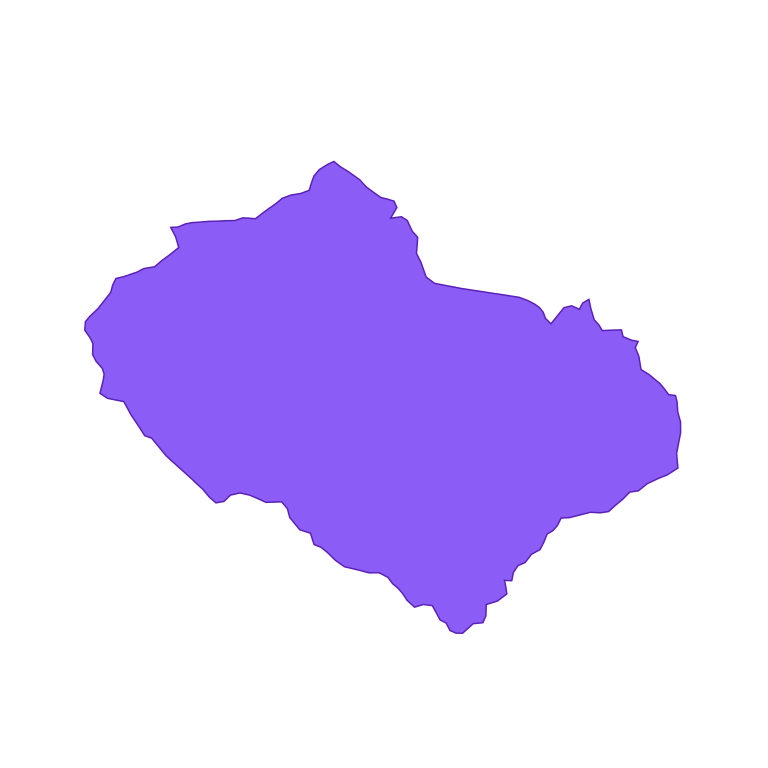 outline of Cristais Paulista, São Paulo, Brazil, rotated 48°
{"feature_id": "56859067B55883287614463", "entity_name": "Cristais Paulista", "entity_type": "district", "adm_level": 2, "iso_a3": "BRA", "parent_name": "Brazil", "parent_adm1": "São Paulo", "projection": "albers", "projection_center": [-47.398, -20.367], "detail": "fine", "context": "isolated", "style": "filled", "palette": "violet", "viewbox_px": 768, "rotation_deg": 48, "n_neighbors": 0, "source": "geoboundaries", "source_scale": "gbopen_adm2", "svg_char_len": 2402}
<svg xmlns="http://www.w3.org/2000/svg" viewBox="0 0 768 768"><g transform="rotate(48 384 384)"><path d="M643.1,221.8L636.5,216.9L631.3,212.9L624.5,203.9L618.7,196.2L610.6,189.0L601.3,184.4L593.1,178.0L587.6,175.1L582.4,179.6L575.2,178.9L568.2,178.6L562.2,179.6L554.8,180.6L545.2,183.3L534.2,176.2L525.1,172.9L522.4,166.7L517.2,170.6L508.8,174.7L502.7,171.3L497.4,177.5L490.3,186.1L484.3,184.8L477.0,184.8L466.5,179.9L458.2,175.1L456.8,182.2L459.2,188.8L451.4,192.3L447.7,199.2L451.0,219.7L443.3,220.1L437.3,217.7L431.3,217.3L425.4,218.6L418.2,221.3L410.1,225.5L364.4,262.9L343.0,279.1L332.7,281.1L317.8,274.9L308.7,272.5L301.8,265.2L297.5,260.8L289.4,260.8L278.1,257.3L271.4,259.1L265.2,268.1L261.5,256.4L254.8,254.2L248.9,257.7L243.4,261.5L233.7,263.7L225.2,265.4L215.9,265.4L202.0,268.5L193.5,271.0L185.1,272.3L183.2,278.5L181.4,288.5L182.5,296.8L185.7,302.8L190.0,310.0L186.7,318.4L181.4,326.6L177.9,335.5L177.6,343.9L176.6,351.8L175.8,359.8L175.1,369.1L170.5,373.3L166.0,377.8L162.8,385.4L156.8,392.3L151.7,398.6L145.6,405.7L140.0,413.2L135.9,418.3L132.3,424.2L129.3,432.4L124.9,437.7L135.3,440.4L145.2,445.2L144.6,456.7L143.6,466.8L143.4,476.0L137.4,485.4L135.6,492.7L130.1,505.5L126.2,512.6L128.9,519.4L133.1,525.8L135.0,536.9L136.6,546.2L136.9,557.6L137.9,564.2L143.8,570.4L153.2,571.5L159.2,573.3L167.1,580.8L174.5,582.8L183.9,582.9L189.4,585.4L193.3,590.1L200.8,601.3L209.6,599.1L223.1,589.1L237.4,592.6L251.4,594.6L262.3,596.4L268.8,592.9L277.3,593.3L290.6,593.9L296.7,593.5L319.3,591.1L326.2,590.4L332.3,590.0L340.8,589.1L351.2,589.5L359.9,588.4L364.2,581.5L363.8,572.5L368.6,563.9L376.7,558.2L384.9,554.4L393.0,550.9L403.1,538.9L412.0,539.2L420.2,543.4L436.0,544.1L445.7,538.5L456.5,543.4L463.3,540.0L471.4,538.8L482.5,538.1L493.3,535.7L505.7,527.1L514.2,521.6L521.0,514.0L530.1,510.5L538.2,511.2L544.9,510.3L551.8,510.3L560.2,511.6L570.3,510.6L574.2,502.3L581.0,496.4L589.7,498.4L596.8,500.2L603.2,497.8L611.4,499.9L617.5,497.1L621.8,492.3L621.8,478.1L627.6,470.2L624.4,463.3L616.3,455.6L621.2,444.9L622.2,433.2L615.9,429.0L610.5,425.9L615.7,420.7L610.7,414.1L608.6,405.9L611.1,398.6L609.2,388.2L611.5,378.8L608.5,371.0L604.7,363.3L606.0,356.4L605.1,349.4L602.1,342.1L607.4,335.6L611.6,327.6L617.4,316.5L624.5,309.4L629.1,302.4L629.0,293.3L629.4,283.8L628.8,273.7L633.6,266.4L634.2,255.1L637.8,243.2L641.1,234.2L643.1,221.8Z" fill="#8b5cf6" stroke="#5b21b6" stroke-width="1.5"/></g></svg>